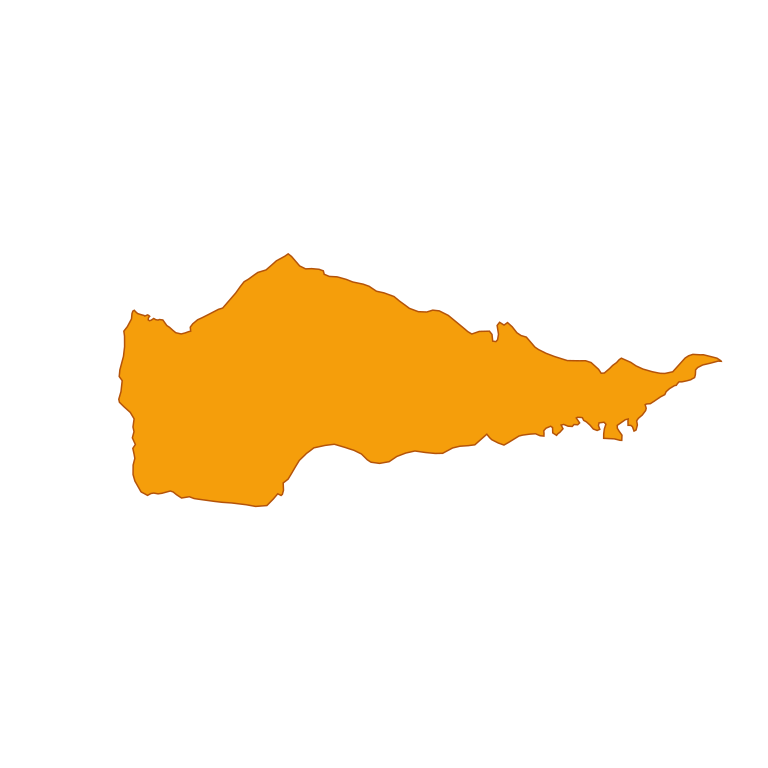 Wedjah, Sinoe, Liberia, rotated 222°
{"feature_id": "62588387B38040387852125", "entity_name": "Wedjah", "entity_type": "district", "adm_level": 2, "iso_a3": "LBR", "parent_name": "Liberia", "parent_adm1": "Sinoe", "projection": "orthographic", "projection_center": [-8.85, 5.295], "detail": "fine", "context": "isolated", "style": "filled", "palette": "amber", "viewbox_px": 768, "rotation_deg": 222, "n_neighbors": 0, "source": "geoboundaries", "source_scale": "gbopen_adm2", "svg_char_len": 3999}
<svg xmlns="http://www.w3.org/2000/svg" viewBox="0 0 768 768"><g transform="rotate(222 384 384)"><path d="M148.6,626.5L149.1,626.7L153.8,626.0L157.3,624.2L163.9,620.7L166.3,619.4L168.4,617.4L174.3,612.7L176.5,608.8L177.6,604.8L177.6,596.5L177.6,590.6L177.6,586.3L179.4,583.8L182.3,579.8L185.7,576.9L187.6,575.7L192.9,572.6L196.2,571.0L201.5,568.4L208.8,566.1L215.1,565.2L224.9,562.0L225.5,559.5L225.5,557.3L225.5,555.5L226.5,550.8L226.7,546.5L227.6,539.6L229.8,537.3L234.4,538.5L244.5,538.5L249.7,536.2L250.4,535.6L254.2,532.1L256.7,529.9L263.4,524.1L275.7,518.5L284.2,515.2L292.2,513.0L296.5,512.4L309.6,514.1L314.6,511.7L319.5,511.0L327.0,512.3L333.3,512.3L334.2,508.1L339.4,507.2L339.1,503.2L332.2,497.6L329.2,492.9L329.2,490.4L331.9,488.6L336.9,493.1L341.0,493.8L348.4,486.8L352.2,479.9L356.7,479.0L363.4,478.8L365.7,478.7L382.1,478.0L391.9,475.3L397.2,471.5L400.4,466.1L406.9,460.7L415.8,457.2L427.9,456.0L435.1,455.7L445.0,451.7L451.7,447.9L453.8,447.6L457.9,447.0L460.3,446.7L466.2,444.3L475.5,438.9L482.0,436.5L488.9,433.1L490.6,432.2L496.7,427.3L501.1,425.8L501.8,425.5L504.8,427.5L509.0,425.8L515.0,421.3L519.3,417.1L525.7,415.3L538.1,416.9L542.3,416.6L542.5,415.7L543.2,412.6L546.4,403.6L547.3,395.4L548.0,389.8L552.4,382.5L553.3,378.7L554.9,371.1L556.4,366.4L556.0,360.3L555.1,352.5L554.7,332.5L557.0,328.7L560.6,319.1L563.5,311.6L565.5,307.0L566.4,300.7L566.0,296.6L563.0,293.9L564.2,292.2L566.0,288.8L568.2,285.5L573.0,282.8L576.6,282.6L581.3,282.6L584.5,282.1L591.2,283.6L594.1,281.6L594.6,280.4L596.6,279.1L599.0,278.6L599.7,275.7L600.6,274.1L602.2,273.9L603.4,275.7L603.4,277.5L604.9,277.5L606.0,277.1L607.2,274.4L608.1,274.4L611.3,272.8L614.2,271.5L616.9,271.5L618.9,271.7L619.4,270.1L618.4,267.7L615.2,263.4L613.1,254.9L612.7,249.2L608.8,245.9L601.7,238.1L596.1,230.2L589.7,217.7L585.8,212.4L580.8,211.3L574.4,202.4L570.9,195.2L568.4,193.4L562.0,193.1L553.5,193.1L546.4,190.9L541.8,184.1L537.9,181.3L535.0,175.6L528.3,172.7L527.6,168.1L522.6,164.5L519.4,162.0L516.2,155.9L509.9,148.8L504.2,145.2L492.5,141.3L491.7,141.4L489.1,142.1L485.2,143.0L483.9,146.7L482.1,148.9L478.4,151.2L475.9,154.2L471.2,161.5L468.4,162.7L464.1,162.9L458.2,163.8L453.2,170.0L448.5,171.8L445.0,174.1L431.6,183.2L425.1,187.8L417.7,193.6L405.6,202.1L397.5,207.1L389.7,215.3L389.3,224.5L389.5,231.3L385.9,232.3L385.7,234.0L387.6,237.8L392.7,243.0L391.6,249.1L392.8,255.4L394.4,263.1L395.8,270.6L395.2,279.1L395.2,280.3L394.2,285.2L393.4,289.6L386.8,298.8L386.3,299.4L380.6,306.0L370.1,311.0L366.6,312.5L362.0,314.6L353.9,316.9L345.8,316.5L343.0,316.9L341.3,317.2L334.2,322.0L328.2,329.7L326.0,338.7L321.6,347.3L316.2,354.9L307.4,360.8L299.4,366.7L294.0,371.8L293.3,373.8L292.0,377.4L290.2,382.4L286.0,388.5L279.9,394.8L279.6,395.2L275.8,399.6L274.0,415.5L269.7,414.8L266.7,414.7L259.6,416.6L254.0,418.9L252.3,424.0L248.9,435.6L247.2,438.2L246.6,439.0L242.1,444.3L238.1,448.4L233.4,450.0L230.3,452.3L231.9,454.2L234.0,456.2L234.0,459.6L231.9,464.1L229.6,464.4L225.9,460.6L221.4,461.3L221.5,463.6L221.0,465.6L221.0,470.5L224.9,472.0L223.4,474.2L220.4,475.3L219.0,475.8L215.7,478.4L215.7,481.0L212.8,483.3L212.6,486.0L218.4,487.4L218.0,488.7L215.3,490.9L214.0,491.7L211.3,490.6L208.2,491.3L203.4,491.3L198.3,490.6L194.5,492.1L193.3,494.7L196.8,496.6L198.2,499.0L194.9,502.8L192.2,502.6L190.2,498.1L187.4,494.0L184.4,490.6L183.1,491.7L180.6,493.7L176.2,497.3L170.9,500.1L169.6,501.2L172.9,505.2L177.8,506.3L180.9,507.2L183.0,509.3L181.8,514.5L180.8,518.9L179.1,521.4L177.9,519.7L175.0,516.6L172.9,518.4L170.8,518.5L166.7,516.3L166.1,517.8L165.9,518.5L168.3,523.1L171.6,525.7L172.0,528.7L171.3,533.8L171.8,539.3L172.9,541.4L176.1,543.4L175.5,544.9L172.9,547.6L172.0,551.0L171.8,551.5L171.5,552.9L169.9,559.5L168.2,564.0L169.2,567.1L168.7,571.7L167.0,577.3L165.9,578.6L166.2,580.5L166.2,583.0L164.0,585.0L161.1,589.0L158.9,592.4L158.5,593.8L157.5,596.6L158.8,599.2L160.3,601.1L161.9,603.0L161.9,606.2L159.9,611.4L155.5,617.7L151.0,624.6L148.6,626.5Z" fill="#f59e0b" stroke="#b45309" stroke-width="1.5"/></g></svg>